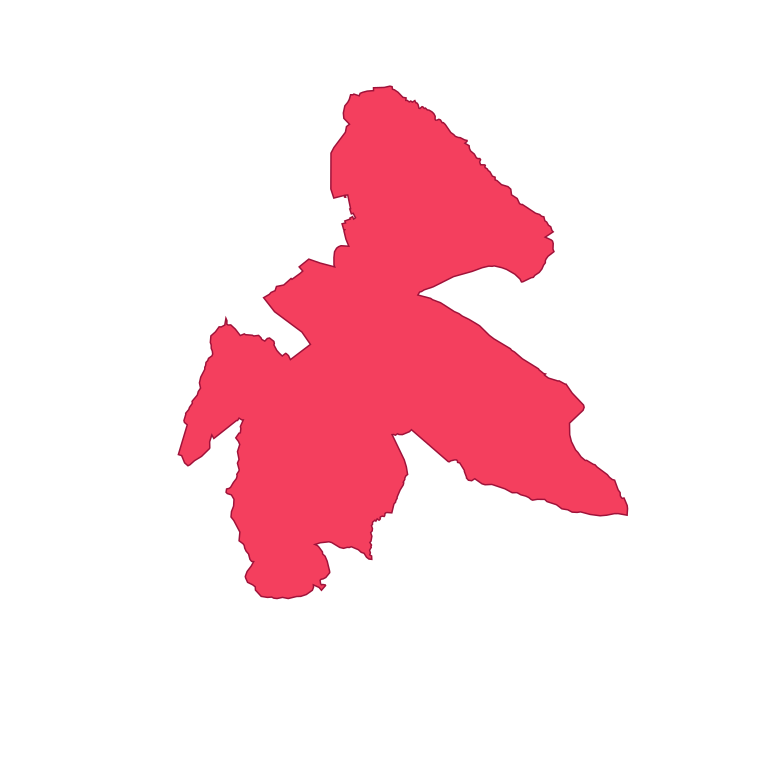 the district of Coyotepec, Puebla, Mexico, rotated 323°
{"feature_id": "50627088B60726647230059", "entity_name": "Coyotepec", "entity_type": "district", "adm_level": 2, "iso_a3": "MEX", "parent_name": "Mexico", "parent_adm1": "Puebla", "projection": "orthographic", "projection_center": [-97.818, 18.396], "detail": "fine", "context": "isolated", "style": "filled", "palette": "rose", "viewbox_px": 768, "rotation_deg": 323, "n_neighbors": 0, "source": "geoboundaries", "source_scale": "gbopen_adm2", "svg_char_len": 6171}
<svg xmlns="http://www.w3.org/2000/svg" viewBox="0 0 768 768"><g transform="rotate(323 384 384)"><path d="M579.4,179.4L578.7,178.6L579.2,176.2L576.3,176.0L575.7,174.1L573.9,173.9L573.2,171.5L572.1,170.6L573.8,168.8L571.6,166.4L570.8,159.5L569.4,155.4L568.2,153.7L569.4,151.4L568.0,149.7L562.7,147.3L553.9,141.1L552.2,143.4L546.9,140.0L542.8,138.3L539.9,137.5L537.6,138.9L534.4,134.3L533.2,134.3L531.4,132.9L527.6,135.8L524.6,137.2L520.1,138.3L514.6,143.1L511.8,147.7L512.8,155.8L509.0,155.8L504.7,159.7L486.3,165.0L480.6,167.7L458.9,196.3L455.8,205.3L465.8,209.5L465.0,211.0L465.8,211.8L466.8,210.0L468.8,211.2L462.8,223.9L462.0,223.6L460.3,228.5L462.1,229.1L461.3,234.1L459.0,234.0L459.6,231.4L456.6,231.0L456.3,231.9L450.8,230.2L450.2,232.2L446.9,230.8L444.7,236.5L445.5,237.2L444.1,237.7L440.8,245.3L438.8,252.8L432.9,247.7L430.3,247.0L427.9,247.0L424.1,248.6L420.1,252.9L415.7,258.8L415.1,260.8L405.8,249.0L399.1,239.0L386.7,239.4L387.1,244.9L383.6,245.2L373.5,245.0L373.3,243.8L363.5,244.6L356.8,241.4L353.2,243.9L348.9,242.9L346.4,243.4L339.8,242.6L340.1,260.4L349.7,293.1L349.1,308.1L323.9,308.2L324.8,303.8L324.2,300.8L323.8,300.3L319.6,300.4L318.9,296.5L318.6,292.7L319.6,286.5L320.7,285.8L321.7,283.7L320.3,278.4L318.2,277.4L314.6,278.0L313.2,274.8L313.6,273.0L313.1,269.7L308.9,267.3L308.2,265.8L303.1,261.3L302.6,259.9L298.4,258.8L298.3,250.7L297.2,244.6L295.0,243.1L294.5,241.6L296.7,238.9L297.3,236.4L292.3,241.1L288.4,240.5L286.7,239.1L280.8,240.9L274.7,241.4L270.3,246.3L269.5,248.8L267.5,251.5L266.7,254.4L265.2,257.0L263.5,258.0L259.3,257.9L257.3,259.2L254.9,259.6L252.5,262.0L251.0,262.7L249.7,264.4L241.8,268.2L237.3,272.0L235.0,276.9L231.2,278.2L228.2,280.5L220.3,282.3L219.3,284.1L214.6,285.6L212.7,286.9L208.0,288.0L207.5,288.9L202.2,292.8L201.5,294.6L202.3,298.2L177.3,316.6L179.3,319.4L177.3,327.0L178.2,331.3L180.4,331.7L186.6,331.2L194.8,332.0L205.6,330.6L206.4,330.2L210.0,325.2L215.8,321.1L215.3,325.1L244.2,324.4L245.1,325.0L247.7,324.0L248.8,327.0L250.0,328.0L243.7,331.5L242.8,333.5L239.9,336.5L238.6,336.0L233.2,337.8L233.2,342.3L232.4,345.5L226.3,349.8L222.8,357.0L219.3,359.0L216.7,365.4L215.9,366.1L212.1,367.5L211.4,369.0L209.2,370.7L204.5,372.0L199.5,374.1L197.7,374.2L195.1,373.1L192.7,375.4L192.9,377.2L195.4,380.7L194.8,385.8L190.4,391.0L185.4,394.1L181.8,398.1L181.9,402.6L179.8,415.5L173.9,422.0L175.3,426.8L175.2,428.8L174.0,431.2L173.3,434.4L173.5,438.3L171.4,443.4L171.5,446.0L173.0,447.4L168.4,449.5L161.9,451.3L157.4,454.2L156.8,455.5L155.7,460.3L158.2,465.2L159.1,468.5L157.3,471.2L158.1,479.7L162.5,484.3L166.1,486.6L167.1,488.7L169.5,491.0L174.5,493.3L178.4,497.7L186.3,501.1L189.7,503.5L195.3,505.4L202.7,505.6L205.4,503.9L206.7,501.9L209.7,507.4L209.9,511.1L216.0,509.8L216.2,509.2L214.5,507.3L213.2,506.7L213.2,505.3L214.8,502.3L216.3,502.1L218.1,503.0L221.1,503.5L227.1,502.0L227.9,500.8L232.0,491.3L233.3,486.1L232.7,482.9L233.8,481.0L233.9,474.8L233.6,473.0L232.3,470.6L237.5,472.4L245.1,476.9L246.8,479.1L250.3,487.9L252.8,490.9L256.3,492.3L257.9,493.7L259.9,494.2L263.8,500.9L264.5,504.7L266.2,507.2L265.8,511.8L266.6,514.7L268.7,516.7L270.6,513.9L269.8,511.8L271.5,510.7L272.5,508.0L275.5,506.8L275.9,505.8L277.1,505.1L277.3,502.0L279.0,501.7L282.7,498.3L283.9,494.7L286.2,494.2L287.8,492.5L288.7,489.6L290.3,489.2L291.6,487.5L294.8,487.3L295.0,488.6L297.4,487.6L298.1,489.8L298.7,489.8L299.9,489.5L300.5,488.3L301.2,488.0L303.1,488.5L304.4,489.9L305.3,489.6L306.9,488.0L308.0,488.0L309.0,488.4L312.7,491.6L319.6,485.9L322.4,485.2L322.9,484.4L325.7,483.2L326.4,482.2L333.2,478.3L338.6,476.2L340.3,474.8L340.2,474.0L343.1,472.8L344.2,471.5L346.4,470.5L348.4,470.5L352.0,463.6L354.5,456.8L360.0,429.3L361.4,430.2L362.2,431.7L364.9,431.9L365.6,433.4L368.3,435.5L375.6,437.4L378.4,437.0L388.6,484.7L389.5,485.5L391.0,485.5L394.9,487.2L396.3,488.4L396.3,489.7L395.6,490.9L397.0,492.6L396.2,501.3L395.5,502.3L393.8,508.2L393.3,508.6L393.5,511.6L395.8,514.0L399.5,514.3L402.2,522.7L404.1,525.3L409.7,529.1L417.5,540.5L420.9,547.9L424.9,550.9L426.6,554.8L429.7,558.8L431.3,561.8L432.0,564.9L432.8,566.2L437.1,568.4L442.9,572.9L443.4,576.0L449.1,584.2L450.9,590.7L455.1,595.1L457.1,599.5L461.0,602.8L464.0,604.4L470.1,612.2L477.3,619.3L482.9,622.8L490.0,626.2L493.1,628.5L499.2,635.1L503.5,630.1L505.1,627.4L507.1,619.5L505.6,618.8L505.2,617.9L505.4,615.6L507.2,612.8L507.3,609.4L510.3,599.6L508.8,597.6L507.9,594.2L507.8,590.8L504.2,578.6L503.9,575.4L502.9,574.3L499.9,566.9L498.7,566.2L497.5,560.7L497.7,555.4L497.3,552.0L499.0,542.8L501.7,536.4L508.6,526.9L527.2,524.8L529.8,523.1L530.7,520.9L528.8,504.4L529.3,493.6L528.6,493.2L525.7,486.8L524.8,486.4L518.9,478.2L517.6,473.8L517.6,473.3L519.0,473.2L517.8,471.7L516.4,466.2L516.5,464.8L509.7,447.2L507.5,437.0L506.2,433.9L506.2,432.0L499.0,414.2L497.4,408.6L495.4,395.1L494.7,393.2L490.8,383.6L487.4,376.9L486.2,372.9L483.7,368.4L478.1,353.2L473.5,345.9L472.8,343.7L464.6,333.3L467.8,332.0L469.5,332.7L472.8,333.0L481.8,336.0L504.2,340.1L522.1,347.1L532.4,350.2L538.6,352.9L541.2,355.1L543.1,356.0L548.1,362.0L550.9,366.3L554.6,375.0L555.8,382.0L555.2,385.2L556.3,385.9L565.5,387.7L567.5,388.7L569.8,388.0L575.1,388.3L579.3,387.2L583.0,385.1L585.8,384.3L587.1,382.6L588.7,381.7L591.9,380.7L599.4,380.6L600.1,378.0L603.7,373.6L604.6,371.3L604.3,369.7L601.1,363.7L610.7,364.3L610.5,362.5L611.8,358.7L610.9,356.2L611.4,352.6L610.7,350.4L612.3,346.7L610.8,344.9L610.3,342.3L607.8,338.8L602.5,323.8L601.7,323.4L600.8,321.5L602.0,316.0L599.7,309.7L602.5,304.7L601.8,301.0L597.8,295.5L596.7,289.7L595.6,287.8L597.2,285.7L595.6,283.2L596.3,278.3L595.7,276.2L595.9,274.2L595.0,272.1L595.3,271.2L596.4,270.5L596.4,269.7L593.1,267.0L594.0,264.2L596.1,263.0L596.2,262.2L596.2,261.6L594.7,260.5L593.9,259.0L594.5,254.7L593.4,250.0L594.0,247.3L595.4,244.9L593.5,240.4L596.3,240.2L596.9,239.5L595.2,237.4L593.2,233.2L591.6,231.7L590.0,229.1L589.8,226.8L588.7,223.4L589.1,213.5L588.7,211.0L587.7,210.4L588.0,207.1L587.1,205.6L585.2,205.2L584.0,204.3L584.1,203.3L586.0,201.0L586.5,198.0L586.1,195.5L584.8,192.4L583.5,191.1L583.2,188.6L582.0,188.2L581.8,186.0L581.3,185.4L578.5,185.6L577.9,184.8L579.4,181.3L579.4,179.4Z" fill="#f43f5e" stroke="#9f1239" stroke-width="1.5"/></g></svg>